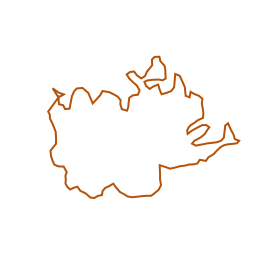 the district of Boa Vista do Buricá, Rio Grande do Sul, Brazil, rotated 144°
{"feature_id": "56859067B45095421643767", "entity_name": "Boa Vista do Buricá", "entity_type": "district", "adm_level": 2, "iso_a3": "BRA", "parent_name": "Brazil", "parent_adm1": "Rio Grande do Sul", "projection": "natural_earth1", "projection_center": [-54.117, -27.681], "detail": "fine", "context": "isolated", "style": "outline", "palette": "amber", "viewbox_px": 256, "rotation_deg": 144, "n_neighbors": 0, "source": "geoboundaries", "source_scale": "gbopen_adm2", "svg_char_len": 2144}
<svg xmlns="http://www.w3.org/2000/svg" viewBox="0 0 256 256"><g transform="rotate(144 128 128)"><path d="M166.3,193.6L182.9,188.2L183.5,184.6L185.6,181.5L186.6,175.5L188.7,167.5L192.2,162.0L195.6,157.5L199.5,156.5L204.2,155.1L206.9,150.1L208.3,145.8L209.1,141.6L206.9,137.9L202.7,134.6L203.5,128.4L206.8,126.0L208.6,122.9L211.2,119.8L211.7,116.0L211.0,112.3L207.0,111.5L203.5,110.3L203.5,105.2L200.7,100.0L199.3,93.9L196.6,91.2L192.4,90.8L188.6,89.1L185.5,92.0L181.6,92.9L177.7,92.1L172.6,91.6L172.7,87.5L172.1,80.8L169.9,76.4L168.5,72.8L165.3,69.5L161.1,67.1L157.4,65.0L153.5,62.7L149.0,59.5L139.7,59.9L134.9,62.3L132.1,67.9L129.6,71.2L124.2,79.3L121.1,75.1L117.9,70.4L113.6,68.5L108.3,66.5L103.9,64.0L100.1,62.6L96.5,60.1L92.6,58.5L88.6,60.1L84.3,55.6L80.1,57.1L76.9,56.7L73.8,56.6L68.8,57.6L64.2,58.1L60.3,57.6L57.0,56.2L52.7,53.7L49.0,51.6L45.6,52.4L48.1,56.2L46.6,60.3L45.6,67.0L44.3,73.0L47.9,72.8L52.5,67.8L56.2,63.8L60.0,63.0L64.4,64.2L69.3,66.9L73.0,69.0L77.0,70.8L80.2,72.4L83.3,73.7L85.4,77.7L81.7,78.7L78.5,78.1L74.2,77.7L69.5,78.0L64.9,79.8L61.8,80.8L62.9,84.4L66.3,86.7L71.5,87.5L77.7,88.3L83.2,88.1L81.6,91.2L78.6,92.9L75.1,93.5L71.5,93.1L67.1,93.3L61.5,92.1L58.3,95.7L56.0,100.0L53.9,104.4L50.6,107.9L51.7,112.3L54.4,116.6L56.1,120.5L60.1,116.6L62.4,120.1L60.5,123.5L58.0,127.6L56.6,134.3L55.5,139.8L58.0,144.0L62.9,138.3L66.8,133.8L71.3,132.5L75.6,133.6L81.0,135.5L79.9,140.3L78.1,145.4L83.2,146.7L87.6,146.9L88.6,151.6L87.6,155.7L84.4,155.1L79.9,152.6L75.1,149.5L72.0,146.3L68.4,145.9L65.7,150.1L63.7,153.0L61.9,156.7L62.5,163.2L60.7,167.2L64.6,169.8L68.3,169.4L71.5,164.6L76.2,163.3L79.7,162.4L83.7,160.0L88.2,160.3L89.8,165.3L89.9,170.2L93.5,172.1L97.6,172.1L97.9,167.1L96.9,161.5L95.9,157.3L96.5,151.6L100.4,149.1L104.9,151.6L109.3,151.6L112.8,147.9L115.2,145.0L118.6,142.6L121.9,146.9L120.3,151.6L117.6,154.9L117.9,159.4L119.6,163.2L122.1,168.0L126.9,172.9L131.4,170.8L142.1,168.6L139.5,179.8L141.3,187.2L146.3,190.1L150.0,189.4L154.8,186.6L163.9,178.0L167.7,180.2L167.1,184.6L169.9,187.8L166.3,193.6ZM166.3,193.6L160.2,192.9L163.2,197.2L165.6,204.4L166.3,193.6Z" fill="none" stroke="#b45309" stroke-width="2"/></g></svg>